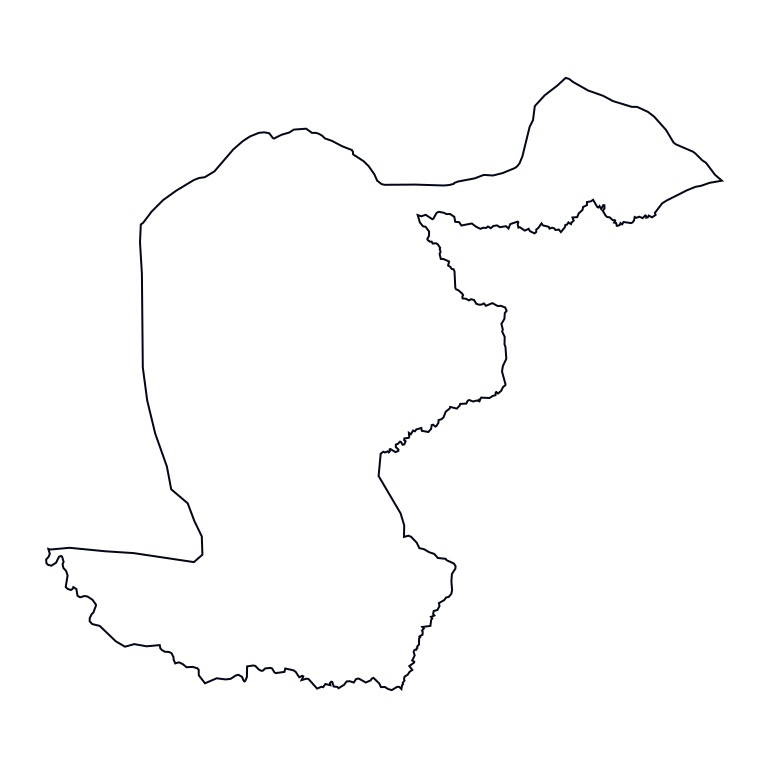 the district of Molqi, Gash Barka, Eritrea
{"feature_id": "51966322B62181385469599", "entity_name": "Molqi", "entity_type": "district", "adm_level": 2, "iso_a3": "ERI", "parent_name": "Eritrea", "parent_adm1": "Gash Barka", "projection": "albers", "projection_center": [38.368, 14.994], "detail": "fine", "context": "isolated", "style": "outline", "palette": "ink", "viewbox_px": 768, "rotation_deg": 0, "n_neighbors": 0, "source": "geoboundaries", "source_scale": "gbopen_adm2", "svg_char_len": 6083}
<svg xmlns="http://www.w3.org/2000/svg" viewBox="0 0 768 768"><path d="M497.8,306.1L492.4,303.1L485.9,305.8L483.9,303.4L481.2,304.7L478.9,304.7L476.3,303.8L474.1,300.0L471.0,299.2L469.0,300.4L466.0,298.8L462.6,298.4L462.3,296.7L463.1,295.2L462.3,293.7L458.3,290.2L456.0,289.3L455.3,287.9L454.5,271.4L453.6,269.3L451.7,268.9L450.2,266.8L448.1,265.5L449.1,261.5L443.4,259.0L440.8,258.9L439.6,254.0L440.6,251.6L439.7,249.3L440.2,247.9L437.6,244.1L436.1,243.3L432.6,243.5L431.7,241.6L429.9,241.7L427.7,240.0L427.3,238.9L429.0,235.9L429.1,231.5L425.6,226.8L423.0,226.3L419.9,222.5L417.7,215.1L421.3,216.3L425.7,214.8L432.3,219.2L433.4,218.7L436.5,213.0L438.6,211.8L443.6,212.7L446.6,214.1L450.0,214.0L454.3,216.8L455.2,221.8L459.2,222.2L461.4,225.5L471.8,223.5L476.2,226.8L480.4,228.8L483.6,227.7L486.1,228.0L487.9,226.5L490.8,228.2L493.3,226.0L497.0,225.4L499.9,227.2L506.0,226.2L508.5,228.5L510.3,224.1L517.6,221.6L518.3,222.2L517.7,224.5L518.4,227.6L519.8,227.2L524.8,230.6L528.6,228.8L530.0,231.2L534.5,233.4L536.2,232.0L536.3,229.5L538.3,228.0L541.5,223.4L542.9,225.4L548.7,226.8L549.5,228.6L552.0,227.7L554.3,228.4L555.5,230.0L558.9,229.6L560.9,232.1L564.9,227.2L565.4,224.9L566.9,224.7L568.4,222.4L571.0,224.1L571.6,222.4L573.7,220.7L572.5,217.5L577.2,217.1L578.8,213.3L582.5,209.9L583.1,207.0L587.0,205.1L586.9,202.1L591.0,201.3L593.1,199.8L597.2,206.9L598.4,207.5L599.5,206.1L601.2,209.0L603.3,205.1L604.4,205.3L604.5,208.4L602.8,210.8L605.6,215.6L607.1,217.0L609.6,217.3L612.7,220.1L614.7,220.1L615.2,220.7L614.1,222.6L616.1,223.0L616.8,225.8L617.7,225.8L619.8,225.0L620.5,223.1L622.2,224.3L623.6,222.0L631.0,223.1L632.3,222.6L634.0,220.6L634.7,217.0L636.5,217.8L639.2,216.7L642.7,218.1L645.3,215.4L646.1,216.0L646.2,217.7L647.8,217.4L648.7,215.6L652.1,217.3L655.6,214.9L654.9,212.9L662.2,203.3L666.7,200.5L686.7,190.4L695.5,186.8L701.1,185.8L709.7,182.8L721.9,180.7L715.0,174.8L706.0,162.8L702.2,160.3L695.3,153.4L693.0,151.7L675.8,144.3L673.6,142.6L666.0,129.9L654.1,116.6L647.8,111.8L637.1,106.9L631.9,106.9L613.0,101.1L603.1,95.8L588.1,90.5L572.9,81.9L569.1,78.9L565.6,77.9L557.3,85.6L544.8,95.2L534.8,106.1L533.0,120.1L529.6,127.0L522.4,156.4L519.4,163.6L517.0,166.5L514.5,168.2L502.5,173.1L492.9,175.5L483.8,174.9L474.6,178.4L458.1,181.5L454.4,182.9L453.6,183.9L449.3,185.0L443.9,185.5L415.5,184.6L384.4,184.8L381.6,184.1L377.2,180.7L374.3,174.2L368.6,166.1L363.5,161.1L353.1,154.4L352.9,151.7L351.8,150.0L342.3,146.3L332.0,140.9L324.9,138.4L322.3,135.8L318.9,133.8L316.0,132.9L312.0,132.9L306.1,128.7L293.8,129.6L289.3,132.5L281.4,134.8L274.0,138.5L272.9,138.1L269.3,133.3L264.2,132.3L258.7,132.9L250.1,136.4L242.7,141.2L233.3,149.4L214.5,171.3L204.8,177.2L199.1,178.0L193.9,180.0L176.3,190.6L163.2,200.0L151.7,211.5L143.3,222.6L140.8,224.5L140.0,242.4L141.9,273.6L142.8,367.4L147.2,400.5L155.2,433.5L166.9,466.6L171.2,489.3L187.7,503.3L194.4,521.1L201.8,536.4L202.4,554.7L193.9,562.1L133.6,553.1L105.6,551.3L69.6,547.8L50.6,549.5L48.3,548.9L49.8,553.7L48.8,556.5L46.1,559.6L46.5,563.4L48.0,564.8L51.3,565.7L56.1,562.7L59.0,556.7L61.1,556.0L62.1,556.7L63.6,561.8L62.6,564.2L63.3,567.8L66.1,571.0L67.6,575.5L65.7,587.0L67.5,588.8L70.8,590.0L72.5,589.0L73.4,587.1L76.4,589.1L77.5,595.8L80.1,597.3L84.5,596.0L87.5,596.5L92.4,599.7L95.8,604.4L96.0,605.5L93.3,612.7L91.7,614.1L89.7,618.3L89.7,621.4L92.3,624.1L99.7,625.9L115.9,641.4L125.0,646.7L134.3,644.1L146.6,646.3L159.7,645.1L160.4,648.5L162.0,650.1L164.8,651.7L169.2,652.0L171.5,653.2L173.5,657.1L173.6,659.5L175.2,663.4L178.9,662.3L182.9,664.2L186.5,667.2L192.7,666.9L197.4,668.3L198.7,669.8L198.8,675.3L205.0,683.3L216.6,678.3L225.5,679.4L230.5,678.9L235.8,675.5L238.4,674.8L242.0,676.9L243.5,680.4L244.3,681.4L245.2,681.0L246.9,677.1L247.1,666.4L253.0,665.5L255.3,665.9L258.9,669.6L261.3,670.8L262.8,670.7L265.3,668.4L270.7,667.9L272.2,668.6L274.3,672.2L275.7,673.1L284.4,671.9L285.3,668.5L293.4,670.3L295.7,671.9L299.2,677.2L302.3,675.8L303.3,676.4L301.6,680.1L306.2,678.7L308.5,679.0L317.1,688.6L321.4,686.8L323.1,687.2L325.4,684.0L330.4,685.2L329.9,683.1L331.3,681.7L332.3,682.0L333.7,686.5L337.2,686.9L338.6,688.2L344.1,684.8L346.5,681.5L349.5,681.2L353.8,682.5L356.0,679.1L358.6,678.5L365.8,682.5L370.6,680.4L371.9,678.5L373.5,677.9L379.3,683.5L380.9,687.1L384.8,687.0L388.3,689.1L391.8,690.1L397.0,686.9L399.3,686.9L401.4,689.0L402.1,685.2L403.0,684.3L402.7,682.9L404.5,680.5L404.0,678.9L404.6,676.6L407.7,674.7L409.4,672.0L412.3,669.9L409.3,666.1L414.1,662.6L414.2,661.6L412.2,660.5L414.7,655.4L413.6,651.9L414.6,649.9L416.4,649.7L416.6,648.4L417.4,647.9L417.2,646.5L419.0,644.6L419.1,638.4L420.1,637.2L419.5,636.4L422.5,634.7L422.7,631.8L422.0,630.6L423.8,628.6L422.3,627.0L430.4,625.9L431.2,619.8L432.3,618.4L431.0,616.9L434.4,615.5L433.1,614.1L433.7,611.0L437.4,610.0L439.5,606.1L438.9,603.1L444.2,600.1L446.2,597.4L448.6,597.0L451.3,593.9L452.1,590.1L451.4,581.6L451.9,574.0L455.3,568.8L455.6,566.2L453.9,563.5L446.6,560.2L445.6,558.8L437.9,558.0L434.2,553.9L428.9,552.1L424.3,549.3L419.3,548.1L416.8,542.8L411.1,536.8L408.5,535.7L404.0,536.9L404.2,525.3L400.6,513.4L378.6,476.0L380.7,453.7L383.3,451.7L385.1,452.5L387.8,451.3L388.8,452.4L389.9,451.1L389.7,449.3L390.3,449.0L395.5,452.1L398.3,450.9L398.4,449.5L395.8,447.1L395.9,444.5L397.7,444.0L400.0,441.6L400.9,441.9L402.6,444.7L404.3,444.4L405.6,441.2L404.1,440.1L404.4,438.4L408.6,437.9L409.2,437.2L408.9,432.9L410.8,434.3L413.1,430.5L414.9,431.3L416.4,429.4L421.3,428.0L421.8,430.8L428.3,432.0L431.1,428.9L431.7,425.1L433.0,424.7L435.4,426.6L436.6,425.8L438.4,422.8L438.6,420.0L441.4,419.3L443.5,417.4L445.7,411.7L449.7,408.5L450.2,406.9L456.8,408.6L459.7,405.6L460.2,403.9L466.3,403.6L467.6,400.9L469.1,400.0L473.1,401.5L477.0,400.5L479.4,401.4L479.8,400.8L479.2,399.6L480.2,399.3L481.2,397.6L489.5,398.0L492.8,395.9L495.5,395.2L495.7,392.5L496.3,392.0L498.0,393.5L501.2,390.8L503.1,386.9L505.2,385.4L505.5,384.3L502.0,371.5L502.9,366.0L506.3,358.8L505.5,347.1L504.5,344.3L504.7,336.9L502.2,331.7L502.8,329.4L501.4,323.9L504.4,318.9L504.8,313.1L506.6,310.8L505.2,307.5L500.8,305.8L497.8,306.1Z" fill="none" stroke="#020617" stroke-width="2"/></svg>